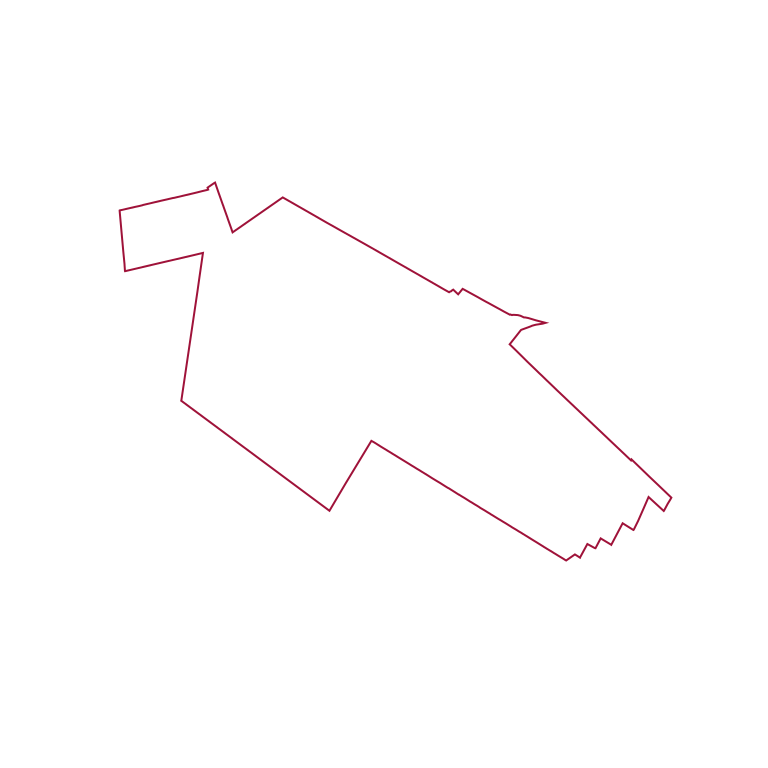 outline of Benito Juárez, Tlaxcala, Mexico, rotated 201°
{"feature_id": "50627088B10674186524860", "entity_name": "Benito Juárez", "entity_type": "district", "adm_level": 2, "iso_a3": "MEX", "parent_name": "Mexico", "parent_adm1": "Tlaxcala", "projection": "albers", "projection_center": [-98.418, 19.596], "detail": "fine", "context": "isolated", "style": "outline", "palette": "rose", "viewbox_px": 768, "rotation_deg": 201, "n_neighbors": 0, "source": "geoboundaries", "source_scale": "gbopen_adm2", "svg_char_len": 2889}
<svg xmlns="http://www.w3.org/2000/svg" viewBox="0 0 768 768"><g transform="rotate(201 384 384)"><path d="M389.5,246.1L384.2,277.5L375.4,326.4L372.5,326.0L370.9,325.7L367.9,325.1L364.9,324.5L332.0,318.4L329.0,317.8L326.1,317.3L323.1,316.7L320.1,316.2L317.1,315.6L311.1,314.5L305.2,313.3L299.1,312.2L296.1,311.7L293.2,311.1L290.2,310.5L287.1,309.9L286.6,309.9L286.4,309.9L283.4,309.3L280.4,308.7L277.4,308.1L274.5,307.5L274.4,307.6L271.4,307.0L268.4,306.5L265.4,305.9L262.4,305.3L262.1,305.2L259.5,304.8L256.5,304.2L253.5,303.7L250.5,303.1L250.3,303.0L250.0,302.9L247.5,302.5L244.5,302.0L241.5,301.4L238.5,300.9L238.1,300.8L237.9,300.7L235.5,300.3L232.4,299.7L229.2,299.1L226.2,298.6L223.6,298.1L220.6,297.6L217.5,297.0L214.4,296.4L213.8,296.3L213.6,296.2L213.1,296.1L211.3,295.8L208.3,295.3L205.3,294.7L202.1,294.2L201.0,293.9L200.8,293.9L188.7,291.6L184.9,290.9L181.8,290.3L178.7,289.7L176.6,289.3L176.4,289.2L175.6,289.1L172.5,288.5L166.3,287.4L164.5,287.0L164.2,287.0L163.1,286.8L160.0,286.2L153.8,285.1L152.0,284.7L150.7,284.5L144.7,293.3L141.5,292.7L138.8,292.1L138.8,292.4L136.8,307.5L128.0,306.3L127.8,305.7L126.4,317.5L114.5,315.4L114.2,315.3L112.7,327.8L111.3,339.5L99.0,337.1L98.8,337.1L98.6,337.6L97.7,347.2L97.0,361.8L96.5,373.3L77.3,365.7L77.2,366.0L76.2,373.9L75.3,378.7L75.0,380.9L90.3,387.3L90.5,387.4L102.6,392.4L125.9,402.3L126.0,401.2L220.1,440.1L228.1,443.5L233.4,445.7L239.9,448.5L242.9,449.7L246.6,451.3L257.5,455.9L269.3,461.1L274.1,463.2L280.9,466.1L280.8,466.4L280.7,466.7L279.4,470.9L279.2,471.5L278.1,475.0L276.9,478.9L275.6,483.1L275.4,483.6L275.1,483.9L271.9,486.7L271.3,487.2L270.9,487.6L270.5,487.9L267.8,490.3L266.6,491.5L264.7,492.9L263.4,493.8L257.5,497.2L255.1,499.0L264.8,497.9L272.9,497.3L274.6,497.0L276.3,496.7L277.1,496.3L279.5,496.5L281.1,496.6L283.7,496.3L286.6,495.4L288.4,494.8L289.2,494.2L289.9,494.2L290.9,494.2L291.3,493.8L297.9,494.6L303.4,495.4L303.6,495.4L307.3,495.9L311.0,496.4L314.6,496.9L316.9,497.2L317.2,497.2L322.9,498.0L327.5,498.7L330.5,499.1L343.7,500.9L343.9,500.9L344.7,501.0L346.9,494.3L347.9,494.7L353.2,496.9L354.1,495.7L354.5,494.7L355.4,494.0L356.1,493.0L361.7,493.8L385.3,497.5L444.8,506.7L495.2,514.1L511.7,516.7L545.4,521.9L545.6,521.6L579.7,471.3L581.5,473.4L581.6,473.6L588.4,481.5L589.5,482.8L589.7,483.1L597.5,492.2L597.6,492.4L598.8,493.7L605.7,501.8L605.9,502.0L613.9,511.5L614.7,510.5L619.1,504.1L617.8,502.5L618.9,501.6L622.6,499.1L627.4,495.7L627.7,495.5L629.0,494.6L630.3,493.7L630.6,493.5L646.9,482.4L647.4,482.2L649.3,480.9L650.8,479.9L651.1,479.7L652.1,479.0L657.8,475.2L672.2,465.4L672.8,465.0L673.1,464.8L673.6,464.3L676.5,462.3L679.6,460.3L693.0,451.3L693.0,451.2L682.9,430.6L674.7,413.9L669.1,402.7L669.0,402.4L666.3,396.6L666.2,396.5L643.6,411.9L632.1,419.7L608.6,435.6L600.0,441.5L594.5,417.3L591.3,403.4L567.4,296.5L567.3,295.7L389.5,246.1Z" fill="none" stroke="#9f1239" stroke-width="2"/></g></svg>